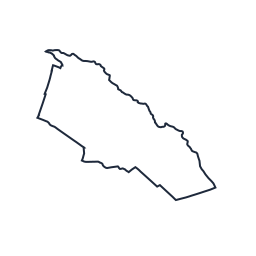 outline of Fratautii Vechi, Suceava, Romania, rotated 17°
{"feature_id": "2599482B91718162891517", "entity_name": "Fratautii Vechi", "entity_type": "district", "adm_level": 2, "iso_a3": "ROU", "parent_name": "Romania", "parent_adm1": "Suceava", "projection": "robinson", "projection_center": [25.9, 47.896], "detail": "fine", "context": "isolated", "style": "outline", "palette": "slate", "viewbox_px": 256, "rotation_deg": 17, "n_neighbors": 0, "source": "geoboundaries", "source_scale": "gbopen_adm2", "svg_char_len": 5600}
<svg xmlns="http://www.w3.org/2000/svg" viewBox="0 0 256 256"><g transform="rotate(17 128 128)"><path d="M194.8,182.9L203.8,177.4L206.6,175.5L208.7,174.0L212.1,171.7L216.0,169.0L219.1,166.8L224.7,162.9L229.0,159.4L227.3,157.5L225.9,156.0L223.5,154.5L219.6,152.4L215.6,149.7L212.7,147.2L210.6,145.9L208.1,143.5L205.9,138.4L205.2,137.5L203.1,134.5L202.1,132.8L201.7,132.2L201.2,131.9L200.4,131.5L199.6,131.5L198.9,131.5L197.3,131.4L196.5,131.3L196.0,131.2L195.6,130.9L195.0,130.3L194.3,129.5L193.3,128.8L193.0,128.5L192.6,128.2L191.9,127.9L191.0,127.5L190.4,127.2L189.6,126.5L189.3,126.0L189.3,125.3L189.2,124.6L189.2,123.8L189.0,123.3L188.7,122.9L187.5,122.5L186.7,122.2L185.8,122.1L184.5,121.9L183.7,121.7L183.0,121.2L182.4,120.8L181.9,120.0L181.7,119.4L181.5,118.6L181.9,117.9L182.1,117.1L181.9,116.3L181.6,115.8L181.2,115.4L180.4,115.3L179.6,115.4L178.7,115.7L177.7,115.7L176.7,115.6L175.9,115.4L174.5,115.2L173.5,114.9L172.9,114.5L172.1,114.1L171.5,113.8L170.7,113.7L169.9,113.7L168.5,113.8L167.7,113.8L167.1,113.7L165.8,113.5L164.6,113.0L164.0,112.7L163.2,112.5L162.7,112.6L162.4,112.9L162.4,113.3L162.6,113.9L162.8,114.7L162.7,115.2L162.3,115.9L161.5,116.5L160.5,116.8L160.0,117.1L159.3,117.6L158.9,117.7L158.2,117.8L157.4,117.9L156.3,117.7L155.7,117.4L155.3,117.1L154.9,116.8L154.4,116.4L154.0,116.0L153.7,115.8L153.2,115.5L152.8,115.0L152.2,114.8L152.1,114.3L152.0,114.1L151.7,113.7L151.5,113.2L150.5,112.1L149.8,111.8L149.3,111.2L148.8,110.5L148.7,110.1L148.7,109.5L148.4,109.0L147.9,108.5L147.2,108.2L146.3,108.0L145.7,107.7L145.4,107.4L145.2,106.9L144.6,106.1L143.5,105.3L143.1,104.8L141.9,103.2L141.4,102.5L140.9,101.8L139.7,101.2L138.8,100.3L138.2,99.9L137.6,99.7L137.0,99.7L135.9,100.3L134.9,100.5L133.9,100.6L133.2,100.8L132.6,100.9L132.0,100.9L131.3,100.9L130.7,100.9L130.1,100.6L129.8,100.5L129.8,100.1L129.7,99.7L129.4,99.4L129.1,99.2L128.3,99.1L127.8,99.1L126.8,99.4L125.6,99.6L125.2,99.6L124.9,99.5L124.7,99.4L124.1,98.7L123.4,97.8L122.8,97.5L121.8,96.9L120.7,96.4L120.1,96.2L119.5,96.1L119.0,96.1L118.4,96.1L118.0,96.2L117.1,96.4L116.6,96.5L116.0,96.4L115.6,96.3L114.9,96.2L114.0,95.9L112.9,95.5L112.1,95.5L111.6,95.4L111.4,95.1L110.9,94.9L110.0,94.2L109.2,94.1L108.4,93.9L108.1,93.9L107.7,93.9L107.3,93.8L107.1,93.4L106.8,92.7L106.1,91.7L105.2,90.8L104.6,90.6L103.8,90.5L103.1,90.3L101.4,89.9L100.4,89.7L99.7,89.5L98.7,89.1L97.7,88.6L95.9,87.6L95.8,87.0L95.8,86.4L95.6,85.3L95.4,83.8L95.3,83.3L95.1,82.9L94.8,82.8L94.2,82.8L93.4,82.7L92.5,82.7L92.1,82.6L91.5,82.4L90.6,82.0L90.2,81.7L89.6,81.4L89.2,81.1L88.7,80.8L88.5,80.4L88.1,79.8L88.2,79.4L88.2,79.0L88.2,78.7L88.1,78.4L87.9,78.2L87.5,77.9L87.0,77.7L86.4,77.6L86.0,77.4L85.2,77.2L84.8,77.0L84.3,76.9L83.9,76.7L83.7,76.3L83.5,76.0L83.1,75.7L82.6,75.5L81.9,75.4L81.3,75.5L80.9,75.6L80.5,75.8L80.1,76.0L79.3,76.2L78.8,76.2L78.1,75.7L77.7,75.3L77.4,75.0L77.3,74.8L77.0,74.5L76.6,74.4L75.8,74.3L75.1,74.6L74.5,75.0L73.9,75.3L73.3,75.5L72.5,75.6L69.7,75.9L67.5,76.4L66.2,76.8L65.2,76.9L64.4,76.9L63.9,76.7L63.4,76.5L63.1,76.4L62.7,76.4L62.4,76.2L62.0,76.1L61.5,75.9L61.1,75.9L60.7,75.7L60.2,75.6L59.9,75.5L59.1,75.1L57.8,74.4L57.1,74.1L56.3,73.9L55.4,73.6L54.8,73.3L54.3,73.2L54.1,73.1L53.8,73.2L53.4,73.3L53.1,73.4L52.8,73.6L52.6,73.9L52.3,74.7L51.8,75.3L51.7,75.5L51.5,75.8L51.3,75.9L50.8,76.0L50.1,76.0L49.8,76.1L49.3,76.1L48.9,76.1L48.3,76.0L46.5,75.6L45.7,75.4L45.1,75.3L44.6,75.2L44.1,75.2L42.8,75.6L42.5,75.6L42.2,75.6L41.9,75.4L41.6,75.3L41.1,75.0L40.3,74.5L40.0,74.2L39.7,74.0L39.3,73.9L38.9,73.9L38.0,74.0L37.4,74.2L36.7,74.4L35.4,74.9L34.7,75.2L33.9,75.7L33.6,75.9L33.4,75.9L33.1,76.0L32.4,76.0L31.4,76.2L30.2,76.5L29.5,76.7L28.9,77.0L28.4,77.4L28.1,77.7L27.9,78.0L27.5,78.4L27.2,78.6L27.0,78.9L27.4,79.0L27.8,79.0L28.2,78.8L28.4,78.8L28.6,78.7L28.8,78.7L29.1,78.8L29.3,78.9L29.7,78.9L30.1,78.9L30.4,78.9L30.6,78.8L30.8,78.8L31.2,78.7L31.4,78.7L31.8,78.7L32.1,78.9L32.3,78.9L32.7,78.9L32.9,79.0L33.4,79.1L33.7,79.2L33.9,79.2L34.1,79.5L34.4,79.7L34.5,79.7L34.9,79.8L35.0,79.8L35.4,80.0L35.8,80.2L36.1,80.5L36.3,80.9L36.4,81.2L36.7,81.4L37.6,82.2L37.8,82.4L38.6,82.8L39.9,83.2L41.1,83.7L41.9,83.9L42.7,84.1L43.2,84.2L44.2,84.5L44.9,84.8L45.1,85.0L45.3,85.5L45.7,85.9L46.1,86.1L46.5,86.4L46.8,86.8L47.0,87.3L46.9,87.3L46.7,87.3L46.5,87.5L46.3,87.8L46.0,88.8L45.9,89.2L45.8,90.5L45.2,90.4L44.2,90.2L39.5,89.9L38.0,89.9L38.0,91.3L38.1,92.5L38.2,94.6L38.2,95.6L38.5,95.6L38.6,98.2L38.7,101.1L38.8,102.2L38.9,105.0L38.9,109.6L38.9,113.0L38.3,119.8L39.4,119.8L39.2,129.8L38.8,141.1L38.8,142.1L39.0,142.1L38.4,144.7L41.2,144.9L44.3,145.1L47.4,145.4L48.9,145.5L49.1,145.5L49.6,145.7L50.8,146.3L51.5,146.8L51.7,147.1L51.9,147.3L52.2,147.5L52.9,147.8L53.5,148.0L54.1,148.1L55.2,148.2L57.2,148.3L57.7,148.4L59.8,149.1L60.5,149.4L65.0,150.9L68.7,152.1L72.7,153.4L80.1,155.8L82.7,156.6L89.5,158.9L91.4,159.4L91.8,159.6L91.6,159.7L91.4,160.0L93.5,165.2L93.5,166.9L93.6,169.3L93.6,170.8L93.4,172.6L94.4,172.7L95.8,172.9L97.1,172.8L98.4,172.5L105.0,170.3L108.1,169.3L109.2,168.9L109.9,169.0L110.4,169.0L111.0,169.3L111.3,169.3L111.8,169.2L113.4,169.5L114.0,169.8L114.4,170.3L115.0,171.1L115.6,171.5L116.4,171.9L117.2,172.2L118.5,172.5L119.7,172.4L123.4,170.5L127.1,168.8L129.5,167.7L130.0,167.9L130.6,168.4L131.1,168.9L131.4,169.1L132.2,169.5L132.6,169.4L133.6,168.9L134.5,168.3L134.8,168.2L135.1,168.2L135.8,168.3L136.8,168.4L137.1,168.4L137.8,168.8L139.0,169.3L140.0,169.6L140.7,169.7L141.6,170.0L141.9,169.5L143.9,166.5L146.5,163.3L148.0,163.8L149.0,164.2L150.4,164.8L151.4,165.3L152.7,166.0L159.4,169.1L164.1,171.3L173.0,175.5L175.2,173.3L184.1,177.6L190.6,180.7L194.8,182.9Z" fill="none" stroke="#1e293b" stroke-width="2"/></g></svg>